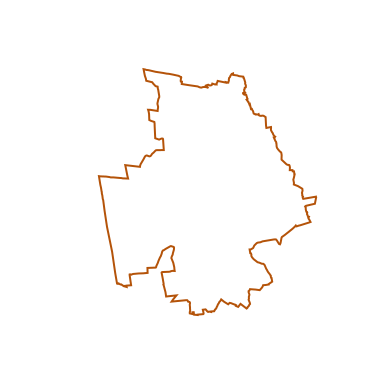 Rachiti, Botosani, Romania, rotated 225°
{"feature_id": "2599482B10393832420275", "entity_name": "Rachiti", "entity_type": "district", "adm_level": 2, "iso_a3": "ROU", "parent_name": "Romania", "parent_adm1": "Botosani", "projection": "natural_earth1", "projection_center": [26.699, 47.8], "detail": "fine", "context": "isolated", "style": "outline", "palette": "amber", "viewbox_px": 384, "rotation_deg": 225, "n_neighbors": 0, "source": "geoboundaries", "source_scale": "gbopen_adm2", "svg_char_len": 5946}
<svg xmlns="http://www.w3.org/2000/svg" viewBox="0 0 384 384"><g transform="rotate(225 192 192)"><path d="M302.8,251.2L308.6,247.6L309.7,246.8L310.5,246.1L311.6,245.6L313.1,244.6L310.0,242.5L307.4,240.8L304.7,239.5L303.0,238.3L297.7,241.5L296.1,241.2L292.6,241.1L290.8,242.2L289.2,240.9L288.2,240.4L282.9,236.6L282.1,235.7L281.6,234.1L279.1,230.2L278.4,229.6L276.5,228.5L275.4,227.4L275.1,226.8L273.6,225.0L279.5,220.7L281.2,219.1L279.5,218.2L277.4,216.7L273.1,212.7L271.1,213.4L268.2,214.9L266.9,214.0L264.7,211.9L256.0,204.0L252.3,205.8L251.5,207.9L251.2,208.4L250.8,208.7L250.6,209.0L250.3,209.1L249.6,208.7L241.6,201.7L246.4,196.8L247.0,196.0L247.1,195.2L247.0,192.8L247.2,190.8L246.8,188.9L246.8,188.0L247.2,187.2L247.6,186.9L249.8,185.9L250.4,184.7L250.2,183.3L249.4,180.8L248.0,175.3L247.3,173.9L246.6,173.0L258.2,163.8L249.5,158.0L246.7,156.3L250.7,152.6L251.7,152.0L253.3,150.6L257.6,147.0L260.0,144.7L260.8,144.3L263.6,142.2L267.7,138.4L269.0,137.4L261.8,132.2L259.4,130.7L256.1,128.3L255.9,128.3L254.7,127.2L252.9,126.1L250.2,124.0L249.1,123.5L240.4,116.8L227.5,107.3L206.3,93.3L189.0,80.4L180.2,74.2L179.9,74.3L179.6,75.3L179.3,75.5L178.9,75.2L178.7,75.3L177.5,76.0L176.9,76.2L176.7,76.6L174.0,77.1L173.2,78.0L172.7,78.1L172.7,77.7L171.1,78.6L171.8,79.0L172.2,79.4L169.1,83.0L177.3,89.1L177.8,89.6L177.6,90.0L176.7,90.5L176.3,90.8L176.2,91.5L175.6,92.5L172.1,96.7L169.0,100.0L166.2,103.4L169.8,106.8L164.2,112.9L164.3,113.6L164.9,114.5L166.0,117.6L167.0,119.6L168.4,123.2L168.6,124.3L169.8,126.9L170.8,128.5L171.2,129.8L171.2,130.1L170.8,130.9L170.4,133.1L168.9,138.5L168.6,138.9L166.1,140.2L165.3,139.9L164.0,138.4L162.1,135.0L161.4,134.1L160.7,132.1L159.9,130.7L155.2,128.7L151.4,126.3L150.0,125.1L148.4,123.9L150.0,122.5L150.9,121.1L151.1,120.4L151.8,119.4L156.3,114.5L156.6,113.9L156.5,113.5L151.2,109.9L147.1,107.0L146.8,106.7L146.7,106.2L146.2,106.1L139.9,102.4L136.4,99.8L129.9,107.9L129.4,102.8L128.9,100.1L119.7,111.3L118.9,112.1L118.2,112.1L117.2,111.7L116.0,112.5L115.2,112.3L114.7,111.9L113.9,110.7L111.8,109.0L110.9,108.1L109.8,107.2L109.3,106.6L108.6,105.4L107.7,104.6L105.1,106.2L106.6,107.3L105.8,108.2L103.8,106.7L101.0,109.0L101.3,109.3L97.7,113.6L97.7,114.0L98.1,114.5L101.1,116.4L99.4,118.6L98.6,118.6L97.1,118.4L96.0,118.5L95.7,118.7L95.4,119.5L93.6,120.7L94.0,121.1L92.0,123.4L92.4,124.3L92.4,124.9L92.6,125.2L92.5,126.3L92.7,126.8L92.8,127.5L93.2,128.2L93.6,129.6L94.2,130.8L94.3,131.2L94.3,131.9L94.9,133.5L94.9,134.5L95.0,135.4L95.4,136.7L91.6,137.1L87.0,138.2L87.0,140.2L85.8,141.0L83.0,142.2L81.5,143.0L81.0,143.1L80.9,142.5L80.7,142.4L78.1,143.4L78.6,147.2L71.0,148.2L70.9,149.0L71.0,149.6L71.3,149.9L71.3,151.9L71.6,152.3L71.8,153.1L71.7,153.5L71.8,153.9L72.9,154.6L75.7,155.8L76.0,156.1L76.2,156.7L77.7,158.1L78.7,159.9L79.3,160.3L80.4,160.8L81.0,161.1L81.6,161.6L81.9,162.0L81.7,162.5L81.8,163.1L82.3,164.3L78.0,168.0L74.7,170.5L74.9,173.7L75.2,175.1L75.8,176.4L74.1,178.4L72.4,180.8L72.7,181.0L71.9,185.3L75.0,187.5L75.4,187.3L76.5,187.9L77.2,188.6L78.6,188.7L79.0,188.9L81.1,189.1L82.5,189.4L83.9,189.9L85.3,190.2L89.0,191.7L90.7,191.7L92.0,190.6L94.3,189.7L96.0,188.7L100.9,188.1L103.4,188.3L104.5,188.6L105.1,189.0L105.7,189.7L106.9,190.3L107.5,189.9L110.6,192.1L109.9,192.8L109.2,195.3L109.3,196.1L109.9,197.6L110.1,198.3L110.1,201.6L109.7,202.7L108.1,204.8L107.2,207.0L100.5,216.4L99.2,217.8L97.9,217.8L93.7,216.8L92.8,217.2L93.3,218.5L96.3,222.9L96.6,223.7L96.0,227.3L94.9,237.2L94.8,240.5L94.9,241.7L93.9,241.5L93.7,241.7L92.5,244.2L92.2,244.5L87.7,253.1L87.0,254.6L89.2,255.3L90.7,255.6L91.8,256.1L92.0,256.5L91.7,256.9L91.8,257.2L92.7,256.8L93.5,257.0L93.9,257.3L95.1,257.7L95.4,258.2L96.0,258.6L96.2,258.9L96.2,259.1L96.5,259.2L97.2,258.9L99.2,260.1L100.8,261.6L101.4,261.8L101.7,261.7L101.8,262.0L101.6,262.9L96.8,270.6L100.3,275.8L100.5,275.7L101.1,276.3L108.5,265.8L109.3,266.1L109.9,266.4L110.3,267.3L111.3,267.3L111.9,267.7L112.3,268.3L113.6,269.1L114.7,271.0L115.1,271.4L116.3,272.3L121.2,271.1L125.3,269.3L126.3,270.5L129.1,272.4L130.1,274.2L131.8,276.9L132.0,276.7L133.2,277.8L134.5,278.7L135.4,277.8L136.4,278.5L138.3,276.6L140.2,278.7L141.8,279.7L142.3,279.8L142.5,279.7L143.8,278.7L144.8,278.4L151.5,278.2L151.8,278.4L154.7,281.5L156.5,282.8L157.1,283.0L158.5,282.8L161.4,283.0L163.0,283.3L164.2,283.9L166.6,286.0L167.0,286.1L167.3,286.5L168.0,286.9L169.0,287.0L172.4,288.3L171.9,288.7L172.0,288.9L172.5,289.0L172.4,289.9L173.3,289.8L174.4,289.9L175.5,290.2L176.4,290.7L177.4,290.8L179.7,291.5L180.3,291.9L181.5,293.3L182.1,293.8L184.7,289.9L186.6,291.3L192.9,297.0L195.3,296.5L196.4,295.6L197.0,294.6L198.2,293.8L198.9,293.6L200.0,294.2L200.1,293.9L200.0,293.5L201.1,292.5L201.8,292.2L201.8,291.8L202.0,291.7L203.8,291.1L204.3,291.3L205.7,292.2L206.2,292.4L207.7,292.7L208.3,293.1L208.7,293.1L209.0,292.4L213.1,295.0L213.1,294.4L215.9,295.6L216.0,295.4L216.8,295.6L218.7,295.9L218.4,296.8L218.5,297.1L219.0,297.2L222.5,299.1L223.3,298.2L223.8,298.2L224.0,297.8L224.8,297.6L225.3,297.9L225.7,297.9L225.9,298.2L225.6,298.7L225.7,299.1L225.4,299.2L225.0,299.0L224.6,299.5L224.7,299.9L225.6,299.8L225.8,300.0L227.1,300.8L227.3,301.0L227.6,301.4L227.5,301.8L228.4,303.0L228.1,303.4L228.0,304.1L229.0,305.2L229.7,305.7L230.3,305.8L231.2,306.3L231.8,307.1L234.8,308.7L236.0,309.3L236.2,309.1L237.3,309.8L240.6,307.2L242.4,306.4L245.7,303.9L246.8,304.9L247.4,303.6L247.0,301.4L246.4,300.0L246.4,298.9L245.5,297.6L244.7,296.9L244.2,295.8L243.7,295.0L244.5,294.4L245.7,293.7L245.2,293.4L252.4,288.7L251.5,287.0L251.4,285.9L251.3,285.7L250.7,285.4L251.8,284.3L254.3,283.0L253.7,281.8L253.9,281.0L254.2,280.5L255.1,279.7L256.3,279.4L256.7,278.8L257.4,277.2L255.4,277.1L254.0,277.2L256.3,276.1L257.8,274.7L258.4,274.0L259.3,272.3L260.7,271.4L262.6,270.7L269.8,265.3L275.6,261.1L277.1,262.9L278.0,262.2L278.6,262.6L280.2,264.6L280.4,265.2L281.0,265.6L282.5,264.9L283.4,264.8L288.4,261.6L291.8,259.3L293.6,257.8L296.8,255.6L302.8,251.2Z" fill="none" stroke="#b45309" stroke-width="2"/></g></svg>